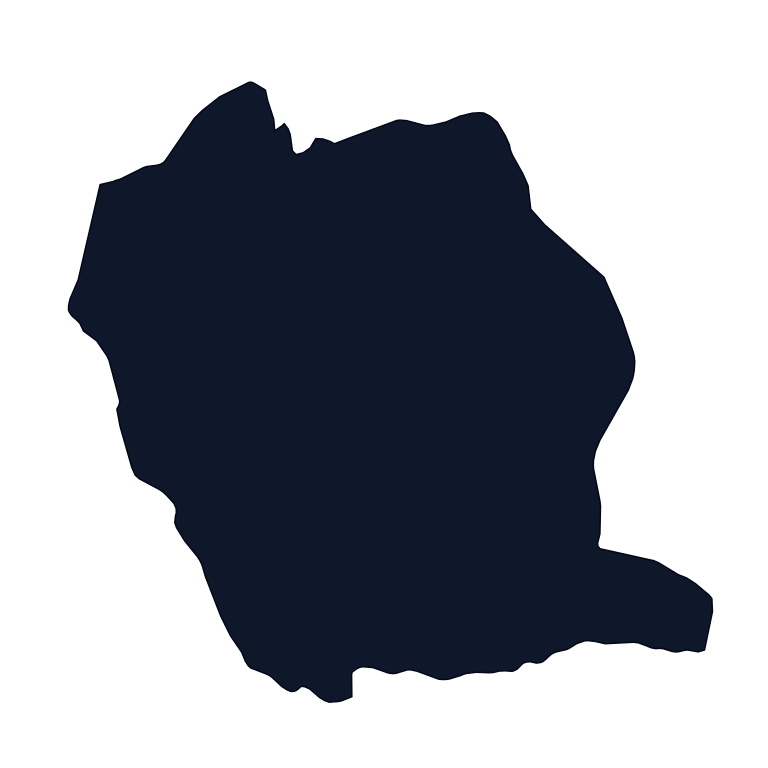 Phichit, Natural Earth projection, rotated 355°
{"feature_id": "THA-401", "entity_name": "Phichit", "entity_type": "Province", "adm_level": 1, "iso_a3": "THA", "parent_name": "Thailand", "parent_adm1": "", "projection": "natural_earth1", "projection_center": [100.371, 16.251], "detail": "fine", "context": "isolated", "style": "filled", "palette": "ink", "viewbox_px": 768, "rotation_deg": 355, "n_neighbors": 0, "source": "natural_earth", "source_scale": "10m", "svg_char_len": 2589}
<svg xmlns="http://www.w3.org/2000/svg" viewBox="0 0 768 768"><g transform="rotate(355 384 384)"><path d="M277.9,71.7L280.6,73.0L291.5,80.9L292.7,91.1L297.2,110.6L297.2,122.2L304.5,118.2L307.3,116.0L310.6,121.3L312.3,127.2L313.1,143.8L316.4,147.8L323.7,146.6L331.0,142.4L337.5,133.6L344.5,134.6L351.8,137.8L355.5,140.4L373.0,135.4L419.6,122.6L422.9,122.5L429.4,123.6L447.8,130.2L452.1,130.5L455.3,130.4L468.7,128.4L483.3,123.7L495.6,121.9L502.8,122.1L507.1,122.8L513.1,126.5L519.5,132.8L526.4,147.1L529.8,156.8L529.8,157.7L530.3,162.0L531.9,167.3L540.7,186.8L544.8,199.1L545.4,222.6L557.8,239.3L612.4,296.8L626.7,339.2L635.1,374.2L635.7,379.0L635.7,383.9L634.5,391.9L633.3,396.8L632.0,400.6L626.8,411.4L594.1,458.9L588.7,469.4L586.0,478.5L585.4,483.4L585.4,487.2L588.9,519.4L589.0,524.9L586.0,552.2L582.9,561.3L582.9,564.1L584.7,566.9L637.5,583.6L642.4,586.3L660.5,599.6L668.4,603.5L677.0,610.2L689.5,622.7L691.9,626.3L691.4,639.3L680.1,676.9L673.7,678.2L663.2,675.4L660.1,675.5L653.9,676.4L650.8,676.3L647.4,675.4L638.8,671.9L635.0,671.3L631.4,671.3L627.4,670.1L615.1,664.1L610.2,663.0L581.7,662.0L572.1,658.9L564.8,657.4L561.7,657.3L553.1,659.5L545.5,663.4L542.9,664.4L532.7,665.8L530.1,666.5L527.6,667.5L525.8,668.7L518.5,674.2L515.6,675.1L511.5,675.3L505.4,673.4L501.4,673.4L498.1,674.3L491.8,679.6L489.2,680.7L486.7,681.4L479.9,680.3L474.0,680.0L467.8,680.9L463.8,680.8L450.7,679.2L440.8,679.5L437.6,680.2L434.9,681.1L423.1,683.6L419.6,683.7L415.9,683.4L412.8,682.8L391.7,672.9L385.7,671.1L382.4,670.8L370.4,673.3L367.5,673.2L364.6,672.7L362.2,671.9L348.2,665.5L339.0,663.9L336.7,663.9L334.5,664.3L332.0,665.3L327.1,668.3L326.4,670.7L324.7,692.7L314.5,695.8L311.2,696.3L301.7,696.2L297.3,694.2L292.3,690.5L283.3,681.2L278.3,678.5L274.9,678.0L272.7,679.8L270.4,681.4L267.8,682.3L264.6,682.2L261.0,680.4L255.7,676.3L247.1,666.7L244.7,664.6L242.3,663.0L226.4,655.2L224.3,652.9L221.7,648.0L218.9,638.9L209.1,621.4L201.1,600.9L189.4,560.6L186.9,548.3L185.4,544.2L183.1,539.8L171.7,522.8L164.8,509.0L163.5,503.9L164.6,498.0L165.9,494.1L166.1,489.7L164.3,484.6L158.1,476.4L154.4,472.3L150.9,469.4L132.2,457.3L128.2,453.1L125.5,445.1L117.4,403.2L115.7,385.7L117.5,383.1L118.6,380.8L119.3,377.8L112.2,336.7L110.5,331.9L101.6,316.0L89.3,305.1L86.3,297.0L82.6,292.6L80.7,290.8L78.9,288.6L77.3,286.0L76.1,282.9L76.7,278.0L78.7,271.8L88.4,253.7L118.6,160.6L131.8,158.7L134.7,157.8L139.0,157.0L163.5,147.4L166.5,146.7L176.9,146.3L180.0,145.7L182.5,144.8L184.3,143.6L185.9,142.1L218.2,102.8L227.0,95.6L245.3,83.6L275.5,71.8L277.9,71.7Z" fill="#0f172a" stroke="#020617" stroke-width="1.5"/></g></svg>